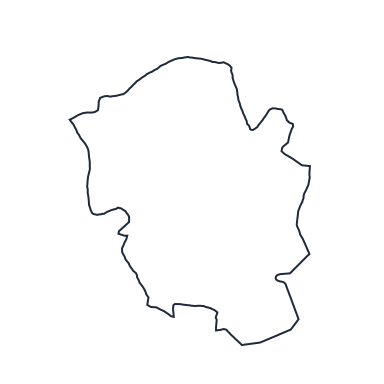 outline of Gashaka, Taraba, Nigeria, rotated 16°
{"feature_id": "59680162B87534880716336", "entity_name": "Gashaka", "entity_type": "district", "adm_level": 2, "iso_a3": "NGA", "parent_name": "Nigeria", "parent_adm1": "Taraba", "projection": "mercator", "projection_center": [11.323, 7.498], "detail": "fine", "context": "isolated", "style": "outline", "palette": "slate", "viewbox_px": 384, "rotation_deg": 16, "n_neighbors": 0, "source": "geoboundaries", "source_scale": "gbopen_adm2", "svg_char_len": 4277}
<svg xmlns="http://www.w3.org/2000/svg" viewBox="0 0 384 384"><g transform="rotate(16 192 192)"><path d="M322.0,219.3L313.7,209.2L313.0,208.4L311.3,206.4L310.0,205.2L309.2,204.5L307.8,203.2L306.6,201.1L305.2,199.1L302.9,196.5L301.7,194.7L300.6,188.3L300.3,186.3L300.0,184.6L299.4,181.4L299.5,179.6L299.8,176.4L300.1,174.1L300.4,172.7L300.8,171.5L300.7,170.7L300.7,169.3L300.7,169.1L300.8,168.5L300.8,167.2L300.8,166.7L300.4,165.5L300.4,165.2L300.3,163.1L300.3,162.5L301.0,159.3L301.9,153.2L301.6,149.7L301.1,145.4L299.9,142.5L298.2,134.6L290.3,136.0L279.3,132.2L270.7,130.0L266.8,128.1L266.5,124.5L267.6,122.4L270.7,117.9L270.1,111.2L270.5,104.0L271.2,101.0L270.1,98.8L266.6,98.5L263.4,96.8L261.0,93.3L258.3,90.7L256.1,88.1L254.6,88.0L251.0,88.6L249.2,88.6L247.3,89.2L246.3,89.3L245.9,89.7L244.5,90.9L243.7,92.1L243.1,93.5L242.8,94.7L242.2,97.0L241.6,98.8L240.7,101.1L240.4,102.2L239.8,104.0L237.5,109.2L236.9,111.5L235.1,113.8L233.6,115.4L233.4,115.6L231.9,115.9L230.7,115.6L228.8,112.9L228.4,112.4L226.4,111.5L224.7,108.3L223.8,107.4L222.6,106.0L221.8,104.8L219.9,102.7L219.2,101.9L217.7,99.6L216.8,98.7L214.8,96.1L213.4,93.5L211.1,90.5L210.2,88.2L209.0,86.2L208.2,84.1L206.5,80.4L203.8,77.2L201.2,73.7L199.8,71.3L199.5,70.8L198.9,68.7L197.8,67.0L197.2,66.4L196.6,65.5L196.0,64.1L195.8,61.7L194.6,60.9L193.4,60.0L191.0,59.3L186.5,58.6L184.8,59.6L183.9,60.0L182.2,60.6L179.2,60.7L177.9,60.8L175.4,61.4L174.0,61.0L171.5,61.1L169.8,61.2L167.2,61.3L165.9,61.3L163.7,61.4L160.7,62.0L157.3,62.6L155.6,62.7L152.6,63.3L150.9,63.3L148.8,64.3L147.5,64.8L145.8,65.8L144.6,66.3L142.9,66.8L141.2,67.7L139.5,68.7L138.3,69.6L137.0,70.6L135.4,72.0L133.7,73.4L132.5,74.7L131.3,76.1L130.0,77.0L127.1,79.4L126.3,80.7L125.6,81.7L124.7,83.0L122.2,85.3L120.2,87.6L118.9,88.5L116.0,91.3L114.8,93.1L112.0,96.3L110.8,98.1L110.4,98.5L108.3,100.9L107.5,102.7L105.9,105.4L104.8,107.6L103.6,109.4L102.8,111.2L101.6,113.5L100.0,115.7L99.2,116.7L96.6,118.1L92.5,120.5L91.2,121.0L89.1,121.9L87.0,122.9L84.4,123.0L81.4,124.1L77.7,126.9L77.7,128.2L77.4,130.8L78.0,133.0L78.5,135.6L79.1,139.1L77.1,141.4L75.0,142.8L72.0,143.8L69.9,144.3L68.6,144.8L66.5,145.8L65.3,146.3L63.6,147.7L62.3,148.6L60.3,150.5L59.1,151.9L58.2,152.8L55.8,155.1L54.5,156.2L55.4,156.9L57.6,158.5L59.4,159.7L61.7,162.3L63.5,164.0L65.3,166.5L68.0,168.6L69.0,169.8L70.3,171.1L75.7,174.8L78.8,177.7L80.2,179.4L81.6,182.0L82.6,184.6L83.6,187.2L85.0,190.2L85.5,191.5L86.5,195.0L87.5,198.0L87.7,201.0L87.7,202.8L87.8,204.1L87.9,205.9L88.5,209.8L89.1,212.4L89.4,213.9L89.6,215.4L91.1,218.4L92.1,221.9L93.0,223.6L94.0,225.8L95.0,228.4L96.0,231.0L96.5,232.7L98.3,235.2L99.3,236.9L100.7,238.6L102.0,239.9L103.3,240.3L105.5,240.2L107.2,240.1L108.9,239.1L110.6,238.6L111.8,237.7L113.5,237.2L115.1,235.3L116.0,234.4L117.2,233.5L118.9,232.1L120.1,231.2L121.8,230.2L123.8,229.1L125.1,227.4L126.8,227.4L128.5,227.3L130.7,228.1L132.0,228.4L133.4,228.8L134.7,230.1L136.5,231.3L138.3,233.0L138.8,234.7L139.8,238.2L132.6,249.8L132.8,252.4L138.0,252.6L139.9,252.5L141.8,251.8L141.8,253.0L141.9,254.8L141.6,257.0L141.2,258.3L140.9,261.4L140.3,265.4L141.3,268.8L142.7,270.5L144.9,272.6L146.8,275.2L148.5,276.4L150.8,278.0L152.6,280.2L154.4,281.8L155.7,282.6L157.1,283.9L160.6,285.5L162.0,287.2L162.9,289.3L164.7,291.0L166.6,293.6L168.8,295.2L171.0,296.9L172.8,298.5L174.7,300.6L175.1,301.1L176.1,302.8L177.0,303.6L179.2,305.3L180.1,312.8L184.1,313.9L189.4,312.7L192.2,313.3L193.2,313.5L195.1,313.8L197.8,314.2L202.7,315.8L206.2,317.2L208.9,317.0L206.1,310.0L205.3,306.0L206.3,304.5L208.0,304.0L210.1,303.4L212.3,302.9L214.0,302.8L217.8,302.2L220.8,301.6L222.5,301.5L225.1,301.0L227.2,300.5L229.7,299.5L232.3,298.9L234.9,298.4L236.6,298.7L239.6,298.6L241.8,298.5L243.1,298.9L245.7,299.2L247.9,300.0L249.6,300.8L249.4,306.1L251.0,308.1L252.5,316.0L253.3,318.5L257.8,316.5L259.7,315.2L261.1,314.9L263.2,315.0L265.0,316.3L266.8,317.1L267.5,317.8L268.2,318.1L273.8,321.0L281.9,325.2L282.2,325.4L284.0,324.5L298.4,318.2L299.4,317.6L313.1,306.6L313.3,306.4L324.9,297.0L329.5,284.9L317.1,268.0L312.8,262.2L308.3,256.1L307.5,255.0L306.6,254.2L305.4,253.6L303.9,253.4L300.7,253.7L299.0,253.6L297.6,253.2L296.6,252.5L296.1,251.3L296.1,249.9L296.7,248.7L297.6,247.8L299.8,246.5L308.6,243.2L320.4,221.8L322.0,219.3Z" fill="none" stroke="#1e293b" stroke-width="2"/></g></svg>